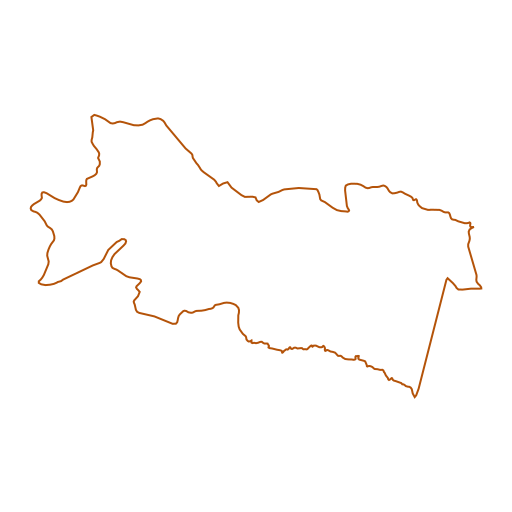 map outline of Orellana (orthographic projection)
{"feature_id": "ECU-1286", "entity_name": "Orellana", "entity_type": "Province", "adm_level": 1, "iso_a3": "ECU", "parent_name": "Ecuador", "parent_adm1": "", "projection": "orthographic", "projection_center": [-76.398, -0.797], "detail": "fine", "context": "isolated", "style": "outline", "palette": "amber", "viewbox_px": 512, "rotation_deg": 0, "n_neighbors": 0, "source": "natural_earth", "source_scale": "10m", "svg_char_len": 6033}
<svg xmlns="http://www.w3.org/2000/svg" viewBox="0 0 512 512"><path d="M473.9,227.0L471.6,228.1L469.6,229.5L468.7,231.7L468.9,233.6L469.7,237.0L469.8,238.9L469.4,240.9L468.2,244.2L468.2,246.6L476.5,275.0L476.6,276.7L476.3,279.9L476.6,281.7L478.1,283.8L479.9,285.4L481.2,287.3L481.3,288.5L479.6,288.7L470.7,288.7L462.7,289.6L458.4,289.5L456.6,288.0L455.5,286.1L452.9,283.1L447.6,278.2L446.4,279.9L418.6,388.8L416.2,395.3L414.7,397.1L412.7,393.4L411.8,389.2L410.7,387.6L409.3,386.8L407.9,386.7L405.8,386.1L404.6,385.0L403.4,384.3L402.3,384.3L401.3,383.1L395.7,381.1L393.9,380.6L393.0,380.0L392.5,379.2L392.2,378.3L391.7,378.1L391.0,378.6L390.2,379.4L389.0,380.0L388.3,379.4L387.8,377.9L385.9,375.5L384.5,372.5L384.0,372.1L383.4,370.5L382.5,369.8L380.2,369.9L377.5,369.2L374.7,369.0L373.9,368.5L373.1,367.7L372.3,367.0L370.8,366.3L369.6,366.0L368.4,366.1L367.3,366.5L366.9,366.2L366.9,365.6L366.5,364.5L365.2,361.4L363.9,360.8L359.3,359.6L358.4,358.7L358.3,357.7L358.7,356.8L358.7,356.0L358.0,355.9L357.3,356.1L355.9,356.1L355.5,356.6L355.4,357.3L355.6,358.3L355.5,359.1L354.8,359.6L353.6,359.8L351.8,359.5L348.4,359.4L345.2,359.0L342.8,357.6L341.5,356.3L340.6,355.8L338.2,355.9L337.3,355.1L336.4,354.0L335.0,352.6L332.8,351.9L330.5,351.5L328.5,350.4L327.3,350.0L326.6,350.1L326.1,350.6L325.3,350.9L324.9,350.3L324.8,349.4L325.0,348.3L324.6,347.2L323.9,346.2L323.3,345.9L322.8,346.3L322.3,347.0L321.2,347.3L319.3,347.2L315.9,345.6L314.0,345.6L313.1,345.8L312.9,346.4L312.4,346.7L312.1,346.4L311.9,345.7L311.5,345.5L311.1,345.6L310.3,346.2L308.4,348.0L307.9,348.6L307.2,349.2L306.6,349.4L305.4,349.2L304.6,349.2L303.4,349.3L302.8,348.9L301.9,348.1L300.8,348.1L297.5,348.5L296.0,347.8L295.1,347.6L294.0,347.8L293.0,348.5L292.0,349.0L291.2,348.8L290.7,348.1L290.3,347.3L289.7,347.3L289.1,348.0L288.6,348.9L287.7,349.6L287.0,349.3L286.2,349.4L285.9,349.5L285.4,350.0L284.2,350.8L283.6,351.5L283.1,352.2L282.4,352.7L282.1,352.6L282.0,351.2L281.4,350.7L279.8,350.2L276.9,349.7L272.2,348.5L269.5,348.1L268.5,347.5L268.6,346.8L269.0,346.1L268.8,345.5L268.0,344.4L267.6,343.6L266.8,343.5L265.7,343.5L264.3,343.5L263.0,342.8L261.8,341.8L260.8,341.8L259.6,342.1L258.3,342.7L256.0,343.2L254.2,342.8L252.3,343.1L251.5,342.6L251.4,341.9L251.6,341.1L251.5,340.5L250.2,341.3L248.6,341.5L247.7,340.9L246.5,339.5L246.3,338.4L246.1,337.2L245.7,336.3L244.7,335.4L243.1,334.1L242.2,333.0L241.3,331.7L239.7,329.5L238.7,326.7L238.2,322.7L238.3,315.3L238.9,312.8L239.0,310.1L238.3,307.8L235.8,305.1L233.3,303.9L230.1,302.9L226.7,302.6L224.0,302.9L219.3,304.3L215.7,304.9L214.8,305.4L213.4,307.5L212.4,308.2L210.7,308.8L208.9,309.0L205.1,310.1L201.4,310.7L196.7,310.9L195.4,311.2L192.7,312.6L191.1,312.8L188.4,312.3L186.2,311.0L184.5,310.7L183.3,311.1L179.8,314.4L178.7,316.0L178.1,318.0L177.7,320.2L177.2,322.2L175.9,323.7L172.6,323.8L154.4,316.4L139.2,312.9L137.1,311.8L135.9,309.8L134.7,304.5L134.0,302.9L133.7,301.7L134.2,300.4L138.0,296.2L139.7,291.9L138.0,289.9L136.9,288.9L136.1,287.4L136.6,286.2L139.7,283.2L141.1,281.4L140.9,280.1L139.9,279.2L137.4,278.5L129.5,277.3L126.3,276.2L117.7,270.3L116.2,269.5L114.5,268.9L112.5,267.9L111.5,266.4L110.8,263.3L111.1,260.3L112.4,257.2L114.5,254.1L123.5,245.6L125.4,243.5L126.1,241.3L125.7,240.1L124.3,239.2L121.7,239.1L119.3,240.8L116.7,242.0L108.3,249.9L103.7,259.0L101.2,262.1L99.7,262.9L92.9,265.4L63.1,279.6L61.1,281.1L57.5,282.1L56.9,282.6L53.8,283.9L50.1,284.7L45.5,285.1L41.2,284.3L38.8,282.9L38.8,281.3L40.7,279.6L42.3,277.6L43.9,274.9L48.3,264.3L48.7,261.5L47.2,255.7L47.4,253.0L48.5,249.5L49.9,246.3L51.2,244.0L53.9,240.4L54.4,238.6L54.3,236.1L52.9,231.4L51.8,229.4L50.2,228.1L47.7,226.5L46.7,225.3L44.7,221.3L39.5,214.6L37.4,212.8L35.5,211.9L33.5,211.4L31.3,210.1L30.7,208.6L31.0,207.0L32.1,205.6L33.9,204.1L39.8,200.6L41.1,199.3L41.9,197.9L41.6,195.6L41.6,193.9L42.3,192.5L43.9,192.2L46.6,193.2L54.6,198.1L58.8,200.0L63.4,201.6L67.0,202.1L69.5,201.8L71.7,200.9L73.4,199.5L77.9,192.2L79.9,187.4L80.6,186.1L81.5,185.5L82.6,185.4L84.9,186.1L85.8,185.8L86.3,184.7L86.2,181.7L86.3,180.1L86.9,178.9L92.6,176.4L94.6,175.3L96.3,173.8L97.0,172.2L96.8,169.2L97.2,167.9L98.1,166.9L99.2,165.8L99.8,164.2L99.8,161.5L98.1,158.0L98.4,157.1L98.8,156.2L99.1,155.2L99.2,153.7L98.8,152.4L96.5,149.0L93.9,145.9L92.8,144.1L91.6,141.8L91.6,140.0L92.3,137.3L92.8,132.2L93.2,130.3L91.4,117.0L94.3,114.9L96.8,115.6L99.9,116.7L105.0,119.2L110.5,123.1L112.7,123.5L114.9,123.1L116.9,122.2L120.0,121.6L123.2,122.2L133.8,125.2L138.4,125.4L142.6,124.7L145.3,123.2L147.5,121.7L150.1,120.3L153.0,119.2L158.0,118.4L160.6,119.1L163.2,120.8L164.5,122.4L166.3,125.5L185.6,148.5L191.4,153.5L192.2,154.6L192.4,155.2L192.6,156.8L192.9,158.0L196.4,163.2L198.0,165.0L199.9,167.9L200.5,169.0L201.5,170.3L203.7,172.2L214.2,179.7L215.9,181.7L216.7,183.2L218.9,186.0L223.1,183.5L227.5,182.2L231.5,187.6L241.4,195.1L244.9,196.9L252.4,196.7L255.5,197.4L256.7,200.3L258.7,202.0L263.1,200.0L270.8,194.4L272.4,193.7L278.6,191.9L282.4,190.0L284.3,189.4L298.8,188.0L316.5,189.2L317.5,190.1L318.5,192.2L319.4,194.6L320.2,199.1L321.2,200.4L324.9,202.1L332.6,207.7L336.9,210.1L341.2,211.1L345.5,211.4L347.7,211.7L348.7,211.2L349.1,210.4L348.7,209.5L347.8,208.2L346.9,206.0L345.1,190.5L345.2,187.6L345.8,185.6L348.0,184.4L351.2,183.7L357.2,183.8L360.6,184.7L363.3,186.1L365.5,187.6L367.6,188.2L369.2,188.0L371.1,187.3L372.8,187.0L377.3,187.0L379.4,186.7L381.3,186.0L383.3,185.5L384.7,185.9L386.4,187.0L387.4,188.2L389.0,190.9L390.2,192.2L392.4,193.4L394.7,193.2L397.3,192.6L399.1,191.9L400.9,191.6L402.8,192.4L404.9,193.7L409.0,195.6L411.2,196.8L412.4,197.9L412.8,199.0L413.3,200.1L414.0,200.2L416.0,199.2L416.6,199.7L417.0,200.7L417.3,202.6L417.9,203.9L418.6,205.1L419.8,206.3L422.0,208.1L428.0,209.9L429.7,209.9L430.9,209.7L439.5,209.9L441.6,210.7L443.6,211.9L445.2,212.4L448.2,212.4L449.2,213.1L449.9,214.6L450.4,216.5L451.0,218.2L452.0,219.3L453.5,219.7L455.3,219.9L458.2,221.3L464.7,223.2L467.0,223.2L468.5,222.9L469.5,222.4L470.2,222.8L470.4,223.4L470.1,225.6L470.4,226.7L471.0,227.1L473.9,227.0Z" fill="none" stroke="#b45309" stroke-width="2"/></svg>